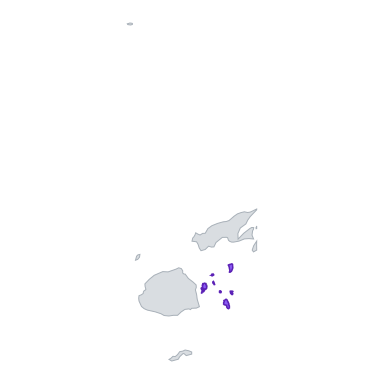 Lomaiviti, Eastern, Fiji shown in context
{"feature_id": "14151628B20319301670654", "entity_name": "Lomaiviti", "entity_type": "district", "adm_level": 2, "iso_a3": "FJI", "parent_name": "Fiji", "parent_adm1": "Eastern", "projection": "natural_earth1", "projection_center": [179.092, -17.678], "detail": "fine", "context": "in_parent", "style": "filled", "palette": "violet", "viewbox_px": 384, "rotation_deg": 0, "n_neighbors": 0, "source": "geoboundaries", "source_scale": "gbopen_adm2", "svg_char_len": 6792}
<svg xmlns="http://www.w3.org/2000/svg" viewBox="0 0 384 384"><path d="M182.7,270.8L182.7,273.0L183.9,274.0L185.2,274.1L188.3,278.4L193.1,282.1L196.1,284.9L196.3,287.3L195.4,289.9L196.6,294.5L197.2,299.2L199.4,306.7L196.4,308.1L191.6,308.3L190.5,309.6L188.9,308.9L184.9,309.4L181.2,311.9L177.6,315.3L173.5,315.3L168.8,316.0L164.1,315.5L160.9,313.7L155.1,311.8L147.4,310.1L144.2,308.7L141.5,306.5L139.0,301.0L138.7,298.3L139.0,295.7L141.3,294.8L143.2,293.5L143.4,291.8L144.3,290.5L145.3,290.1L145.9,289.3L145.1,286.5L144.9,283.9L149.3,279.3L154.2,275.3L162.8,271.6L168.1,271.9L176.1,269.1L178.7,267.8L181.3,268.6L182.7,270.8ZM256.7,209.8L250.2,216.6L247.8,220.0L245.9,223.9L240.3,228.0L237.9,233.5L238.1,239.1L243.7,233.3L249.9,228.5L251.7,227.5L253.7,227.6L253.5,229.2L252.6,230.8L252.0,235.1L253.6,239.0L249.0,238.6L244.4,238.9L239.0,241.1L233.7,242.1L231.7,242.1L229.8,241.4L228.5,240.3L227.6,237.7L226.6,237.3L222.3,237.4L216.0,242.5L213.9,246.9L211.5,247.1L208.6,246.2L205.2,249.5L201.0,250.7L199.2,247.9L198.1,244.4L196.6,241.8L192.0,241.2L192.7,238.1L193.9,236.8L195.0,234.9L195.7,232.8L197.9,234.1L200.1,235.0L202.6,233.4L205.2,233.3L207.9,228.6L211.9,225.7L217.6,223.4L223.3,221.8L226.3,221.5L229.1,220.5L234.1,216.2L237.4,213.9L241.0,212.6L244.4,211.8L247.6,212.5L250.2,212.1L256.7,209.0L256.7,209.8ZM191.7,352.0L191.7,354.1L186.2,355.6L184.3,353.8L183.1,353.5L179.8,356.6L178.9,358.0L178.6,358.9L177.7,359.4L171.7,361.0L169.0,359.4L170.8,358.4L173.0,356.3L175.2,356.6L177.5,354.7L179.7,351.7L182.9,351.1L185.1,350.0L188.8,350.8L191.7,352.0ZM256.7,250.1L253.5,251.9L252.2,250.1L253.7,245.7L256.7,241.1L256.6,244.8L256.7,250.1ZM228.7,307.8L228.3,308.2L224.5,304.1L224.7,302.5L225.3,301.1L226.8,299.8L228.2,302.1L229.2,305.9L228.7,307.8ZM206.2,288.9L204.0,289.8L202.8,286.7L204.5,283.6L206.4,283.3L207.3,286.4L206.2,288.9ZM231.8,270.5L230.4,271.9L229.7,264.9L231.2,265.0L232.3,265.7L232.9,267.4L231.8,270.5ZM137.7,259.4L135.5,260.2L136.6,256.2L137.9,254.9L138.7,254.7L139.9,254.4L139.5,257.2L137.7,259.4ZM132.3,24.5L130.6,25.0L127.8,24.6L127.3,23.8L128.1,23.6L129.9,23.0L132.1,23.3L132.5,23.8L132.3,24.5ZM256.7,228.6L256.1,228.7L256.0,227.7L256.7,226.0L256.7,228.6Z" fill="#d9dde1" stroke="#a8b0b8" stroke-width="1"/><path d="M226.8,299.6L226.3,299.3L226.2,299.3L225.6,299.4L224.9,300.1L224.7,300.4L224.2,300.4L223.9,300.5L223.9,300.8L224.1,300.9L224.3,301.3L224.3,301.7L224.2,301.9L223.9,302.1L223.7,302.4L223.6,302.7L223.7,303.4L223.7,303.5L223.6,304.0L223.8,304.1L223.8,304.3L224.0,304.5L224.3,304.8L225.8,305.0L226.2,305.3L226.3,305.3L226.4,305.5L226.6,305.6L226.7,305.8L226.8,306.0L226.8,306.4L226.9,306.8L226.7,306.9L226.7,307.0L227.0,307.1L227.2,307.7L227.4,308.0L227.5,308.3L228.3,308.6L228.6,308.7L228.8,308.4L229.0,308.2L229.2,307.8L229.4,307.8L229.4,307.4L229.4,306.8L229.4,306.6L229.3,306.4L229.4,306.2L229.4,305.9L229.3,305.7L229.1,305.5L229.0,305.4L229.0,304.9L228.9,304.7L228.7,304.6L228.8,304.5L228.8,304.3L228.8,304.2L228.7,304.0L228.8,303.7L228.7,303.6L228.7,303.3L228.6,303.1L228.3,302.7L228.3,302.3L227.9,302.0L227.9,301.9L227.7,301.3L227.6,301.1L227.4,300.9L227.4,300.7L227.2,300.3L227.0,300.0L226.8,299.6ZM232.4,264.1L232.2,264.0L231.8,263.9L231.5,263.9L231.3,264.1L230.8,264.2L230.4,264.3L230.0,264.4L230.0,264.5L229.5,264.5L229.0,264.9L228.7,264.9L228.4,264.9L228.3,265.1L228.4,265.3L229.0,266.3L229.1,266.5L229.0,266.8L229.3,267.5L229.4,267.9L229.4,268.6L229.6,269.3L229.7,269.5L229.7,269.8L229.8,270.1L229.8,270.5L229.8,270.9L229.6,271.4L229.6,271.6L229.4,272.1L229.5,272.2L229.9,272.2L230.4,272.0L230.8,271.7L231.3,271.4L231.6,271.0L231.9,270.2L232.1,269.7L232.1,269.3L232.4,269.1L232.7,268.2L232.7,267.9L232.7,267.3L232.7,267.1L232.7,266.8L232.6,266.2L232.6,265.2L232.6,264.8L232.5,264.3L232.4,264.1ZM204.8,283.2L204.7,283.3L204.2,283.3L203.6,283.5L203.4,283.6L203.4,283.9L203.2,283.9L203.1,284.0L203.2,284.3L202.9,284.5L202.8,284.4L202.8,284.5L202.7,284.4L202.6,284.6L202.4,284.9L202.3,285.4L202.3,285.8L202.5,286.3L202.5,286.7L202.6,286.9L202.7,287.9L202.7,288.0L202.9,287.9L203.0,288.3L203.0,288.5L203.2,289.0L203.4,289.2L203.6,289.1L203.7,289.3L203.5,289.5L203.7,290.0L203.8,290.0L204.0,289.8L204.1,289.7L204.6,289.4L204.7,288.9L204.9,288.8L205.0,288.9L205.1,289.1L205.3,289.1L205.3,289.3L205.9,289.1L206.2,288.8L206.2,288.5L206.6,288.3L206.6,288.1L206.6,287.9L206.6,287.3L206.7,287.0L206.6,286.9L206.7,286.7L206.5,286.3L206.5,286.2L206.4,286.1L206.4,285.8L206.5,285.7L206.3,285.5L206.3,285.2L206.2,285.1L206.2,284.9L206.1,284.7L205.9,284.4L205.7,284.3L205.7,284.1L205.8,283.7L205.7,283.6L205.3,283.4L204.8,283.2ZM232.1,291.1L231.7,291.1L230.9,291.4L230.7,291.1L230.4,291.2L230.5,291.4L230.3,291.6L230.2,291.7L230.2,291.9L230.3,292.1L230.5,292.5L230.8,292.9L230.8,293.0L230.6,293.1L230.6,293.3L230.9,293.6L231.0,293.6L231.2,293.8L231.4,294.1L231.6,294.2L231.7,294.4L231.8,294.5L232.0,294.6L232.5,294.5L232.7,294.0L232.8,293.6L232.6,293.4L232.4,293.2L232.2,293.0L232.2,292.7L232.2,292.4L232.1,292.2L232.2,291.9L232.7,291.5L232.9,291.5L232.9,291.4L232.7,291.3L232.3,291.2L232.1,291.1ZM203.3,291.9L203.5,291.8L203.7,291.6L203.9,291.3L203.9,291.0L203.8,290.8L203.5,290.7L203.4,290.6L203.0,290.2L202.8,290.0L202.7,289.8L202.4,289.6L201.9,288.7L201.6,287.8L201.4,287.9L201.2,288.2L201.2,288.6L201.5,289.3L201.8,289.7L202.0,290.0L202.0,290.3L202.2,291.0L202.4,291.3L203.0,291.7L203.2,291.9L203.3,291.9ZM213.9,282.1L213.6,281.9L213.5,281.7L213.3,282.1L213.2,282.2L212.9,282.0L212.8,282.4L212.8,282.6L213.0,283.2L213.2,283.4L213.4,283.6L213.6,283.6L213.8,283.9L214.1,284.0L214.2,284.3L214.1,284.6L214.3,284.8L214.5,284.9L214.6,285.1L214.6,284.9L214.7,284.7L214.6,284.3L214.4,284.2L214.3,283.9L214.3,283.7L214.2,283.7L214.2,283.3L214.2,283.2L214.1,282.9L214.0,282.7L214.0,282.4L213.9,282.3L213.9,282.2L213.9,282.1ZM220.2,290.8L219.8,290.9L219.7,290.9L219.5,291.1L219.5,291.4L219.5,291.5L219.9,291.7L220.0,291.9L219.9,292.0L219.7,292.5L219.8,292.6L220.0,292.7L220.3,292.7L220.4,292.4L220.3,292.1L220.2,292.1L220.3,292.0L220.4,291.9L220.5,292.0L220.4,292.1L220.5,292.2L220.5,292.5L220.9,292.6L221.1,292.3L221.2,292.0L221.2,291.9L221.2,291.6L220.9,291.4L220.8,291.1L220.6,290.9L220.4,290.8L220.2,290.8ZM213.2,274.1L213.0,273.9L212.8,274.1L212.7,274.2L212.6,274.3L211.8,274.3L211.8,274.7L211.7,274.9L211.4,275.1L211.6,275.1L211.6,275.4L211.9,275.5L212.1,275.9L212.5,275.7L212.8,275.6L213.0,275.3L213.2,275.1L213.3,275.1L213.2,274.9L213.3,274.8L213.4,274.6L213.2,274.5L213.1,274.4L213.4,274.3L213.3,274.2L213.2,274.2L213.2,274.1ZM204.2,290.9L204.3,290.8L204.4,290.7L204.5,290.5L204.4,290.4L204.0,290.3L203.9,290.4L203.8,290.6L204.0,290.8L204.2,290.9ZM201.8,293.1L201.9,292.9L201.8,292.7L201.6,292.7L201.5,292.8L201.5,293.0L201.8,293.1ZM202.1,292.0L202.1,291.9L202.1,291.7L201.9,291.8L202.0,292.0L202.1,292.0Z" fill="#8b5cf6" stroke="#5b21b6" stroke-width="1.5"/></svg>